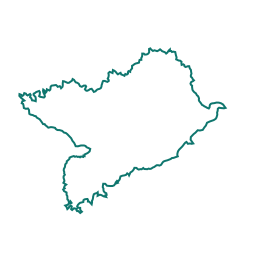 General Carneiro, Paraná, Brazil, rotated 258°
{"feature_id": "56859067B36674538841935", "entity_name": "General Carneiro", "entity_type": "district", "adm_level": 2, "iso_a3": "BRA", "parent_name": "Brazil", "parent_adm1": "Paraná", "projection": "albers", "projection_center": [-51.392, -26.479], "detail": "fine", "context": "isolated", "style": "outline", "palette": "teal", "viewbox_px": 256, "rotation_deg": 258, "n_neighbors": 0, "source": "geoboundaries", "source_scale": "gbopen_adm2", "svg_char_len": 5591}
<svg xmlns="http://www.w3.org/2000/svg" viewBox="0 0 256 256"><g transform="rotate(258 128 128)"><path d="M65.2,50.5L63.5,51.5L61.3,51.8L62.3,53.6L63.6,54.3L63.8,56.0L63.0,56.7L60.4,55.5L59.4,56.3L60.7,58.5L60.1,59.7L59.7,61.2L58.4,60.5L57.3,60.9L57.1,62.1L54.8,63.6L55.7,65.5L56.7,64.8L58.0,64.3L59.8,64.6L60.4,62.7L62.0,62.0L63.3,63.1L64.2,64.4L64.8,65.6L64.8,66.9L64.9,68.9L66.6,69.4L67.2,70.5L67.2,72.1L67.0,73.6L65.8,73.9L64.4,73.5L64.0,74.8L60.9,76.6L62.5,77.3L64.4,77.7L65.2,78.5L67.0,79.3L68.1,79.6L70.3,80.8L70.7,82.0L70.8,83.9L71.4,85.0L69.6,84.8L68.0,84.2L68.3,85.4L68.6,86.6L67.9,88.0L66.2,90.0L65.1,92.3L66.8,91.9L67.0,93.2L68.7,93.2L69.7,91.9L71.3,91.1L72.5,91.1L73.9,91.4L75.4,91.0L77.2,91.6L78.6,92.2L78.1,94.2L75.9,95.4L75.3,97.3L74.8,99.1L74.5,100.8L74.8,102.5L76.1,103.9L76.4,106.1L77.5,104.9L78.6,106.3L77.6,107.2L78.6,108.1L79.3,109.1L80.9,109.9L82.2,110.6L82.5,112.6L82.4,114.8L82.6,116.4L83.8,117.8L82.7,118.9L81.4,119.2L82.7,120.2L84.0,121.1L84.8,123.2L86.2,124.9L87.7,126.0L87.2,128.0L85.9,128.8L85.1,129.9L85.2,131.5L84.8,132.8L85.7,134.6L84.5,135.4L84.1,136.9L83.7,138.4L84.0,139.7L83.4,140.9L83.4,142.2L84.2,144.2L84.4,145.5L85.6,148.2L85.4,149.6L84.7,151.0L85.1,152.7L87.0,154.6L87.8,155.7L88.1,157.4L88.2,159.7L88.4,161.0L88.8,163.3L89.5,164.8L89.3,166.3L89.9,170.8L91.2,170.6L92.7,171.0L94.7,172.0L96.2,173.5L97.5,175.5L98.4,176.9L99.4,178.2L100.7,179.6L101.8,181.1L102.2,182.3L100.1,183.3L100.0,185.3L99.3,187.0L99.3,188.6L101.6,187.6L103.5,186.8L106.1,187.6L107.7,189.9L108.5,191.1L109.4,193.0L111.3,195.7L110.6,197.8L110.6,200.7L112.7,202.8L114.2,204.7L116.7,206.4L117.4,209.5L117.9,213.5L118.7,215.6L119.8,216.7L122.4,218.1L124.7,218.4L126.0,219.2L128.2,219.9L128.9,221.3L128.1,223.4L127.3,226.0L127.4,227.6L128.4,227.1L131.2,225.9L132.8,224.2L133.7,222.6L134.1,221.5L134.5,219.7L134.4,218.5L134.4,217.1L134.6,215.4L134.4,214.0L133.5,212.9L132.4,212.4L131.3,212.1L130.3,211.1L131.3,209.6L132.5,208.3L133.4,207.1L134.3,206.4L135.2,205.2L136.8,204.6L138.1,204.0L139.4,203.3L140.7,203.1L142.1,203.6L143.6,203.4L144.8,203.0L145.7,202.2L147.8,201.6L149.2,200.3L150.8,199.4L152.0,199.0L153.4,199.1L154.9,199.2L156.1,199.5L157.3,198.5L158.6,198.4L159.9,199.5L160.3,201.3L160.9,202.4L162.1,201.6L163.9,201.1L165.1,200.2L166.4,200.4L168.0,201.4L169.6,201.4L171.7,201.6L173.3,200.9L174.5,200.7L175.7,200.7L176.0,199.5L175.8,198.2L175.7,197.0L176.6,196.1L177.9,196.1L178.8,195.3L178.6,193.6L180.4,193.7L181.7,194.1L183.0,193.0L183.5,191.5L184.4,190.4L185.1,189.4L187.0,190.2L189.1,190.0L190.9,190.0L192.5,190.0L193.3,188.1L193.2,186.8L194.3,186.3L194.5,185.0L196.1,185.3L195.4,184.1L194.4,183.0L193.5,182.1L192.9,180.8L193.9,180.3L194.7,179.5L195.3,178.5L196.1,177.3L197.2,176.6L198.3,175.7L197.5,174.1L197.1,172.5L197.8,171.3L198.5,170.0L198.2,168.4L200.0,166.9L201.2,166.4L201.0,165.1L199.4,164.7L197.8,164.5L196.8,163.6L196.2,162.5L196.1,161.1L196.3,159.7L197.5,158.9L197.8,157.4L196.3,157.1L195.0,156.6L193.6,155.5L191.9,155.2L192.2,153.5L190.9,152.8L189.7,152.4L189.5,150.8L189.5,149.3L189.2,147.7L188.4,146.2L188.0,144.9L186.6,144.6L185.5,144.4L184.6,143.3L183.6,142.1L182.5,141.8L183.5,140.3L182.6,139.5L181.2,139.3L180.5,137.9L181.4,136.6L179.8,135.4L180.9,134.0L181.8,132.5L183.5,132.2L183.1,130.6L182.6,129.3L183.5,128.6L184.6,128.1L185.7,127.5L186.9,126.5L187.8,125.3L186.5,124.9L185.0,124.3L185.8,123.2L186.7,121.7L185.7,120.2L183.8,120.2L181.9,119.5L180.5,118.4L179.3,119.0L178.1,119.0L177.4,117.5L178.1,116.2L178.9,115.0L179.2,113.5L178.1,112.6L176.7,111.9L175.4,111.1L173.9,110.6L172.6,109.6L172.2,108.0L172.1,106.2L171.5,104.9L170.7,103.9L170.4,102.1L172.1,101.4L173.9,100.6L173.9,98.9L173.2,97.3L172.9,95.6L173.6,94.5L174.9,93.9L176.0,94.8L177.3,95.7L178.3,95.3L178.7,93.5L177.9,91.4L178.9,89.8L180.5,89.3L181.6,89.0L182.9,87.6L183.5,86.4L184.7,85.8L186.3,85.2L187.4,84.0L185.9,83.0L185.2,81.2L184.5,79.6L184.7,78.3L185.8,76.8L186.8,75.4L187.3,74.2L185.5,73.5L183.4,73.1L181.9,72.5L180.8,70.8L182.0,70.5L183.1,70.0L182.9,67.8L184.0,67.3L185.0,66.5L185.3,62.1L184.6,61.0L181.7,60.0L181.0,59.0L182.7,56.7L180.6,56.0L179.6,54.7L181.8,54.3L183.2,53.1L182.0,52.6L180.4,52.6L177.6,53.3L176.0,53.2L175.3,52.1L176.8,48.5L177.7,47.7L178.8,48.5L181.4,49.3L182.7,48.8L182.3,45.8L181.5,44.2L181.2,42.9L180.1,42.5L177.4,44.0L175.2,43.8L173.4,43.3L174.4,41.6L175.0,39.9L177.2,39.6L178.6,38.6L180.5,39.7L181.6,39.3L181.2,37.9L180.7,36.6L181.6,35.6L182.8,35.3L183.7,33.8L181.8,32.6L181.3,31.2L182.6,30.6L183.7,28.9L182.0,28.4L179.7,29.7L177.5,31.5L176.4,32.3L176.1,30.2L174.3,29.2L173.4,30.4L171.9,30.5L169.2,30.3L168.0,32.1L167.9,34.2L166.2,34.9L164.7,34.7L162.4,34.4L161.4,35.4L160.4,37.6L159.2,39.0L158.7,40.3L157.2,40.9L154.9,43.4L153.2,44.2L150.9,45.2L149.5,45.7L149.1,47.3L148.0,47.7L146.6,48.9L144.9,50.1L144.9,52.8L144.3,54.6L143.3,56.7L142.1,57.1L140.7,58.5L140.2,60.6L138.9,63.0L136.8,64.5L136.1,66.1L134.7,67.3L129.8,70.3L127.0,71.0L125.5,71.8L124.5,72.3L122.3,72.8L121.1,73.0L120.5,75.2L120.7,78.4L120.1,81.3L119.2,82.8L117.9,83.4L116.3,85.6L115.4,86.7L113.1,85.6L111.9,83.3L111.1,80.0L109.6,79.7L110.2,78.6L109.0,78.2L109.9,76.1L109.3,75.0L110.2,74.1L110.1,72.9L111.0,71.7L110.9,70.1L111.8,69.2L111.6,66.6L111.2,64.7L110.1,64.4L109.0,62.8L108.2,61.2L106.7,60.8L105.5,59.1L103.0,58.2L101.2,56.7L99.7,56.3L98.2,56.5L96.8,56.1L95.4,56.5L94.2,55.0L92.6,54.6L90.9,54.8L89.4,54.8L87.8,53.4L86.6,54.6L85.5,55.8L84.6,54.1L83.2,53.1L82.1,53.6L81.4,51.8L79.6,52.3L77.7,54.5L75.4,54.0L74.0,54.5L71.9,54.1L70.7,53.9L69.7,54.7L67.8,54.7L67.1,55.8L68.1,56.5L66.5,57.2L66.0,56.0L66.2,54.2L65.4,52.9L65.2,50.5Z" fill="none" stroke="#0f766e" stroke-width="2"/></g></svg>